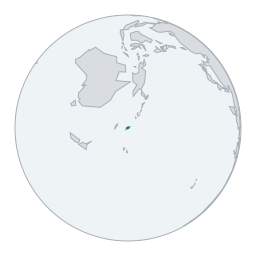 Sanma on an orthographic globe, rotated 85°
{"feature_id": "VUT-561", "entity_name": "Sanma", "entity_type": "Province", "adm_level": 1, "iso_a3": "VUT", "parent_name": "Vanuatu", "parent_adm1": "", "projection": "orthographic", "projection_center": [166.941, -15.188], "detail": "fine", "context": "on_globe", "style": "filled", "palette": "teal", "viewbox_px": 256, "rotation_deg": 85, "n_neighbors": 0, "source": "natural_earth", "source_scale": "10m", "svg_char_len": 6195}
<svg xmlns="http://www.w3.org/2000/svg" viewBox="0 0 256 256"><g transform="rotate(85 128 128)"><circle cx="128" cy="128" r="113" fill="#eef3f6" stroke="#a8b0b8"/><path d="M152.5,130.5L152.6,131.3L152.4,131.4L152.5,130.5ZM225.6,71.8L221.7,65.6L229.8,79.8L230.7,81.6L229.0,78.3L225.5,72.0L225.1,71.0L219.5,62.6L216.4,58.9L208.0,49.5L197.8,39.7L200.3,41.7L197.5,39.4L194.3,37.0L192.8,36.0L179.0,27.7L167.4,23.0L166.1,23.3L164.5,22.2L163.8,24.3L159.1,24.5L162.9,23.3L162.2,22.6L158.2,22.0L156.6,21.2L153.8,20.5L152.2,19.7L154.6,19.5L153.6,19.0L150.9,18.7L147.6,17.9L151.7,18.4L146.4,17.2L149.4,17.4L157.2,19.2L164.9,21.6L172.4,24.5L179.7,27.9L186.7,31.9L193.4,36.3L199.8,41.2L205.8,46.5L211.4,52.3L216.6,58.5L221.3,65.0L225.6,71.8ZM192.7,70.6L191.9,68.3L193.7,69.9L192.7,70.6ZM190.5,66.9L190.9,67.6L190.4,67.0L190.5,66.9ZM189.4,66.3L190.2,66.7L189.4,66.5L189.4,66.3ZM188.1,66.0L188.8,66.1L188.7,66.1L188.1,66.0ZM185.8,64.7L185.2,64.3L185.8,64.2L185.8,64.7ZM192.4,35.8L194.4,37.1L197.9,39.7L196.5,38.7L192.4,35.8ZM185.4,31.5L185.9,31.6L188.9,33.6L187.7,32.9L185.4,31.5ZM165.6,23.9L167.5,24.3L166.2,24.3L165.6,23.9ZM153.7,20.6L153.6,20.8L152.2,20.4L153.7,20.6ZM148.4,18.9L146.1,18.3L148.9,18.8L148.4,18.9ZM145.0,18.0L139.3,17.0L138.8,17.3L137.1,16.2L142.5,17.2L146.0,17.7L144.4,17.6L145.0,18.0ZM137.1,15.9L136.1,15.8L137.7,15.9L137.1,15.9ZM106.6,17.4L106.4,17.5L107.8,17.2L108.2,17.1L111.7,16.6L112.1,16.5L113.2,16.3L122.9,15.7L123.9,15.9L129.9,16.0L130.7,16.0L130.3,15.8L137.1,16.2L138.8,17.3L136.8,17.4L139.1,18.3L134.3,18.4L131.3,19.2L124.6,19.2L122.9,20.1L124.1,20.4L122.5,22.2L115.5,25.2L116.2,21.2L125.8,17.9L121.4,18.9L120.9,18.4L118.4,18.6L115.5,19.6L116.1,19.9L103.7,21.0L93.7,24.8L98.0,24.5L98.2,25.8L90.6,31.5L73.0,41.0L73.1,44.2L71.4,46.5L67.7,48.1L70.0,44.7L68.4,43.7L70.3,41.8L65.1,43.8L67.5,41.1L62.2,44.3L61.5,46.2L65.2,45.2L59.6,49.5L60.2,53.1L57.5,58.3L47.2,68.8L40.9,73.0L39.9,74.9L38.9,73.4L35.2,77.8L35.5,87.4L34.7,90.6L29.9,97.9L30.2,95.6L27.3,91.5L25.1,99.5L27.2,104.6L27.9,112.0L25.6,110.6L25.1,104.2L24.1,102.6L25.5,95.7L26.9,86.6L24.6,89.6L25.9,85.6L27.4,79.1L24.8,83.4L20.7,93.6L23.5,86.0L26.7,78.7L30.5,71.6L34.8,64.8L39.5,58.3L44.7,52.2L50.3,46.5L56.3,41.1L62.7,36.2L69.4,31.8L76.4,27.9L83.6,24.5L91.1,21.6L98.8,19.2L106.6,17.4ZM17.5,106.3L17.3,107.0L17.5,106.3ZM54.3,212.3L55.7,213.1L56.0,213.7L54.3,212.3ZM45.5,126.6L48.0,126.7L48.0,127.2L45.5,126.6ZM42.8,125.2L45.5,124.9L42.5,126.4L42.8,125.2ZM46.6,124.8L49.3,123.3L50.5,122.3L50.4,123.4L46.6,124.8ZM41.1,125.5L32.7,127.5L29.6,127.0L30.1,124.9L35.0,123.9L41.1,125.5ZM29.9,124.9L25.6,121.1L21.6,108.4L23.0,107.7L27.5,114.5L27.2,116.2L29.8,119.4L29.9,124.9ZM41.3,112.0L40.9,117.0L36.0,117.6L34.0,117.4L32.5,111.6L33.3,108.3L34.9,107.9L42.6,96.0L45.0,98.0L42.3,102.8L44.4,106.5L41.3,112.0ZM17.2,107.8L16.5,113.3L16.2,115.0L17.2,107.8ZM46.7,88.4L42.9,93.3L46.7,87.0L46.7,88.4ZM49.5,82.7L49.2,84.9L48.4,83.0L49.5,82.7ZM38.9,77.8L37.1,78.8L37.6,77.3L40.1,75.2L38.9,77.8ZM55.4,62.8L53.6,66.9L52.6,68.4L52.7,66.1L55.4,62.8ZM135.6,177.1L138.7,178.6L136.7,182.2L133.0,185.6L127.6,186.1L135.6,177.1ZM98.9,182.9L95.7,178.2L100.8,178.0L101.2,182.1L98.9,182.9ZM138.4,174.6L140.1,170.8L137.8,165.3L141.1,170.5L145.9,171.6L140.1,178.5L138.4,174.6ZM72.1,164.3L58.5,174.6L54.7,174.0L53.8,170.3L46.6,160.1L47.7,160.1L44.7,153.2L51.6,145.3L56.0,133.2L62.0,133.4L65.3,125.1L72.1,125.4L71.2,131.8L79.7,136.0L82.2,121.7L90.6,137.2L98.9,143.2L105.0,153.9L101.9,171.6L97.2,175.0L94.8,173.2L93.2,175.0L88.7,174.1L83.3,168.0L81.9,169.9L82.0,165.4L80.5,169.4L76.8,165.7L72.1,164.3ZM122.6,137.7L124.5,138.4L128.3,141.7L125.3,140.7L122.6,137.7ZM148.0,132.8L149.5,134.4L147.4,134.3L148.0,132.8ZM152.4,131.4L149.8,131.4L152.5,130.5L152.4,131.4ZM128.5,129.4L129.7,130.5L129.1,130.8L128.5,129.4ZM127.7,128.9L128.3,127.5L128.6,129.1L127.7,128.9ZM117.9,119.5L118.7,118.9L119.2,119.5L117.9,119.5ZM51.7,126.3L54.9,121.9L57.0,121.4L51.7,126.3ZM116.2,117.7L113.9,117.3L114.0,116.6L116.2,117.7ZM116.1,115.9L115.7,114.7L117.5,117.5L116.1,115.9ZM111.3,112.9L114.4,115.2L111.0,113.1L111.3,112.9ZM109.7,113.0L107.7,112.0L107.8,111.7L109.7,113.0ZM89.8,113.2L97.0,120.1L91.8,119.7L85.8,115.4L82.2,119.1L73.4,118.5L75.1,116.1L73.6,112.5L65.2,111.4L63.5,109.2L66.3,107.5L61.1,106.0L66.7,104.7L69.3,109.3L72.6,105.6L78.8,106.4L85.3,108.1L91.0,111.8L89.8,113.2ZM67.3,115.0L68.3,114.9L67.5,116.4L67.3,115.0ZM103.9,109.0L106.8,111.6L106.5,112.2L105.2,111.7L103.9,109.0ZM92.2,111.1L98.2,107.5L99.7,107.7L95.8,111.9L92.2,111.1ZM96.5,104.9L99.5,105.6L101.2,108.0L100.6,108.5L96.5,104.9ZM55.8,111.3L55.7,112.7L54.3,111.8L55.8,111.3ZM57.5,110.4L61.8,111.5L57.2,111.6L57.5,110.4ZM45.9,107.3L47.0,110.2L50.3,107.8L47.8,110.9L50.3,115.6L49.7,117.7L47.1,112.5L46.7,118.3L45.2,118.4L44.2,113.7L45.5,107.6L46.9,105.0L53.1,103.3L45.9,107.3ZM57.4,106.7L56.3,103.3L57.2,101.0L58.3,102.7L57.4,106.7ZM53.7,95.4L51.4,91.9L48.9,93.7L54.4,87.8L55.6,92.1L53.7,95.4ZM52.5,87.4L50.1,88.9L52.8,85.6L52.5,87.4ZM49.8,87.8L50.0,85.2L51.6,85.3L49.8,87.8ZM53.6,87.3L54.8,82.9L55.2,85.4L53.6,87.3ZM50.5,79.6L53.2,83.3L48.9,82.2L50.9,74.1L52.9,73.6L50.5,79.6ZM75.1,48.7L75.8,46.9L78.2,46.3L77.0,47.7L75.1,48.7ZM86.6,43.9L79.1,45.6L73.1,47.6L74.0,48.3L70.9,51.6L70.6,48.8L76.2,45.1L80.4,44.3L82.9,41.8L87.1,40.2L89.1,37.3L91.5,36.2L91.0,38.6L86.6,43.9ZM89.8,36.2L94.7,31.7L98.3,32.4L98.1,33.5L94.3,35.2L92.6,34.7L89.8,36.2ZM97.0,30.9L95.4,30.4L99.3,24.9L101.0,24.0L100.0,28.1L98.4,28.0L96.8,29.4L97.0,30.9ZM135.5,15.8L136.1,15.8L136.4,15.9L135.5,15.8ZM115.0,16.1L114.2,16.2L115.0,16.1Z" fill="#d9dde1" stroke="#a8b0b8" stroke-width="1"/><path d="M128.4,128.7L128.3,128.8L128.2,128.8L127.9,128.8L127.7,128.9L127.6,128.7L127.4,128.5L127.4,128.4L127.4,128.2L127.4,127.9L127.4,127.7L127.2,127.5L127.2,127.3L127.2,127.2L127.3,127.0L127.3,126.9L127.4,127.0L127.5,127.1L127.6,127.3L127.7,127.5L127.7,127.9L127.8,127.9L128.0,127.9L128.1,127.6L128.3,127.5L128.2,127.5L128.2,127.8L128.3,127.9L128.4,128.1L128.5,128.2L128.5,128.3L128.4,128.3L128.5,128.5L128.4,128.6L128.4,128.7ZM128.5,129.1L128.4,129.1L128.2,129.0L128.3,128.9L128.5,128.9L128.5,129.0L128.5,129.1ZM128.4,128.7L128.5,128.7L128.4,128.7L128.5,128.7L128.5,128.8L128.4,128.8L128.4,128.7Z" fill="#14b8a6" stroke="#0f766e" stroke-width="1.5"/></g></svg>